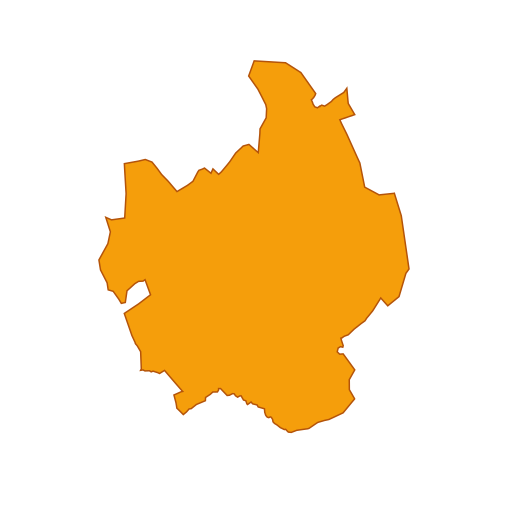 Minjibir, Kano, Nigeria (Equal Earth projection), rotated 336°
{"feature_id": "59680162B51390103580898", "entity_name": "Minjibir", "entity_type": "district", "adm_level": 2, "iso_a3": "NGA", "parent_name": "Nigeria", "parent_adm1": "Kano", "projection": "equal_earth", "projection_center": [8.6, 12.2], "detail": "fine", "context": "isolated", "style": "filled", "palette": "amber", "viewbox_px": 512, "rotation_deg": 336, "n_neighbors": 0, "source": "geoboundaries", "source_scale": "gbopen_adm2", "svg_char_len": 2904}
<svg xmlns="http://www.w3.org/2000/svg" viewBox="0 0 512 512"><g transform="rotate(336 256 256)"><path d="M125.1,371.3L129.0,370.2L132.7,368.5L134.7,369.1L141.2,367.4L150.9,367.6L152.4,364.7L157.9,363.8L161.2,362.7L165.5,364.5L167.3,363.2L167.9,361.9L169.7,362.7L172.9,371.7L175.1,372.4L178.6,372.2L180.1,373.1L180.4,375.3L181.8,377.5L182.7,377.4L184.2,377.2L185.5,377.6L186.0,382.5L186.4,382.8L187.8,384.1L187.7,385.8L187.5,387.1L187.8,388.2L188.6,388.1L192.1,387.4L192.8,389.7L196.4,392.5L196.6,394.8L199.8,397.5L201.6,399.0L200.4,402.3L200.2,404.5L200.1,404.8L200.1,405.2L200.3,406.3L200.4,407.1L201.0,408.0L201.6,408.7L202.6,408.9L203.3,408.8L204.0,409.0L204.4,410.0L204.7,412.0L204.1,414.4L204.8,416.5L206.3,418.6L208.5,422.8L209.9,424.4L211.3,426.1L212.6,426.4L213.3,428.5L213.9,430.0L216.5,431.5L222.3,431.8L230.4,434.1L233.1,434.9L234.4,435.0L242.6,433.5L244.4,433.2L245.2,433.2L247.3,433.5L251.8,434.1L256.0,435.0L262.0,434.9L266.4,434.8L271.8,434.7L284.2,428.5L287.9,426.7L288.0,426.5L286.9,416.1L290.9,406.9L299.9,400.2L295.8,380.9L292.5,379.7L291.2,376.6L293.6,373.5L296.3,373.2L298.2,374.6L299.2,373.4L299.7,368.3L300.1,365.6L301.3,365.8L301.4,365.7L304.1,365.2L308.2,365.5L315.9,362.7L324.5,360.5L329.3,359.5L331.8,357.8L335.1,356.2L340.4,353.5L352.9,345.1L356.1,355.1L370.1,351.3L385.9,332.8L390.5,330.1L405.1,278.3L407.9,254.9L407.3,254.8L394.1,250.5L393.3,250.3L392.9,249.7L383.3,237.3L388.7,213.3L388.6,207.3L388.5,181.8L388.0,169.8L388.0,165.6L403.7,167.0L402.3,154.2L403.1,151.7L407.2,139.7L402.7,142.3L392.8,143.7L390.1,144.4L387.7,145.5L382.5,146.6L379.6,147.0L377.4,144.9L376.1,145.1L375.3,145.4L375.2,145.0L372.4,145.6L371.9,145.1L370.4,143.7L370.1,141.9L369.9,140.3L370.1,138.8L370.1,136.7L370.1,135.8L371.7,135.4L372.3,135.0L373.0,134.8L375.2,133.3L376.6,131.9L371.6,106.7L361.6,91.5L333.7,77.0L322.5,88.6L325.6,104.3L326.1,113.1L326.5,121.7L325.6,125.8L321.5,133.9L311.4,141.5L309.3,145.8L300.1,162.5L299.0,160.2L295.2,151.8L294.9,151.2L289.0,150.3L279.3,153.7L270.4,159.2L265.9,161.5L258.5,165.1L255.1,166.2L253.6,162.6L252.4,159.6L252.1,158.9L248.5,162.1L244.7,154.7L242.4,154.8L238.7,154.5L237.1,155.5L228.8,162.1L222.0,163.6L210.0,165.0L206.1,151.8L202.9,143.1L201.3,135.7L199.2,127.9L194.1,122.8L187.2,121.5L173.3,118.1L171.5,122.8L162.7,146.2L151.5,167.9L138.7,164.2L134.5,159.6L132.8,174.7L125.7,184.5L110.9,195.7L108.3,205.5L109.1,219.9L107.2,226.8L111.2,230.2L113.1,239.6L113.7,244.5L117.7,245.3L124.0,235.3L134.0,232.0L138.4,231.4L142.6,233.0L145.0,232.5L143.9,248.5L129.3,252.0L112.3,254.9L110.3,278.1L110.4,286.3L110.2,286.6L110.3,287.6L110.5,288.0L111.0,289.9L111.7,296.5L105.3,312.5L104.1,313.5L106.4,314.1L107.8,315.8L112.0,317.5L113.1,319.2L115.1,319.3L118.9,322.7L120.1,324.1L125.9,323.3L130.8,339.8L133.9,349.9L132.6,349.6L124.5,349.6L123.2,357.6L122.5,360.3L121.8,362.8L122.9,365.5L125.1,371.3Z" fill="#f59e0b" stroke="#b45309" stroke-width="1.5"/></g></svg>